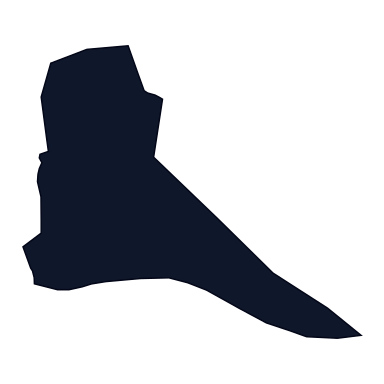 outline of Matadi, Bas-Congo, Democratic Republic of the Congo
{"feature_id": "63176286B7026545207042", "entity_name": "Matadi", "entity_type": "district", "adm_level": 2, "iso_a3": "COD", "parent_name": "Democratic Republic of the Congo", "parent_adm1": "Bas-Congo", "projection": "albers", "projection_center": [13.467, -5.842], "detail": "fine", "context": "isolated", "style": "filled", "palette": "ink", "viewbox_px": 384, "rotation_deg": 0, "n_neighbors": 0, "source": "geoboundaries", "source_scale": "gbopen_adm2", "svg_char_len": 742}
<svg xmlns="http://www.w3.org/2000/svg" viewBox="0 0 384 384"><path d="M162.5,99.2L159.3,97.3L155.1,95.1L147.6,93.0L144.1,90.7L137.9,73.5L128.1,45.8L98.4,48.4L86.9,49.4L50.8,63.2L41.2,97.0L46.9,140.4L48.4,151.4L47.3,151.8L40.0,154.3L39.3,157.9L41.9,162.7L39.3,168.6L38.0,174.2L37.5,181.7L41.0,196.8L41.2,220.7L41.2,226.3L41.2,233.1L23.0,246.8L30.7,268.1L32.5,270.9L34.2,277.7L34.4,283.8L57.5,289.7L69.0,289.7L82.2,286.8L91.5,283.9L105.7,281.6L140.3,278.5L168.9,277.8L177.3,280.0L187.6,282.7L193.8,285.1L206.3,290.0L221.3,298.3L239.4,308.4L250.4,314.3L266.4,322.9L286.2,329.5L287.2,329.8L306.6,336.7L337.4,338.2L361.0,335.3L327.6,308.2L273.0,273.1L218.3,219.3L153.6,157.2L162.5,99.2Z" fill="#0f172a" stroke="#020617" stroke-width="1.5"/></svg>